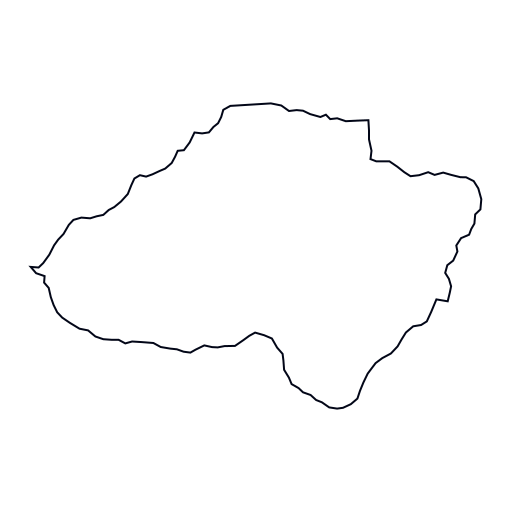 the district of Flora Rica, São Paulo, Brazil
{"feature_id": "56859067B38081573660902", "entity_name": "Flora Rica", "entity_type": "district", "adm_level": 2, "iso_a3": "BRA", "parent_name": "Brazil", "parent_adm1": "São Paulo", "projection": "albers", "projection_center": [-51.376, -21.702], "detail": "fine", "context": "isolated", "style": "outline", "palette": "ink", "viewbox_px": 512, "rotation_deg": 0, "n_neighbors": 0, "source": "geoboundaries", "source_scale": "gbopen_adm2", "svg_char_len": 1915}
<svg xmlns="http://www.w3.org/2000/svg" viewBox="0 0 512 512"><path d="M235.0,345.9L243.4,340.1L249.3,335.8L255.1,332.6L264.1,335.2L271.9,338.5L277.1,347.6L282.6,353.9L283.4,360.4L284.1,369.8L288.9,377.6L291.6,384.1L298.6,388.1L303.0,392.3L310.6,395.0L316.1,400.0L321.9,402.3L329.2,407.4L337.1,408.6L343.0,407.8L350.8,404.2L357.4,398.6L360.0,390.8L363.4,382.5L367.7,373.6L371.6,368.4L375.6,363.1L382.3,358.1L390.9,353.5L397.6,346.4L401.6,339.4L405.9,332.5L413.2,326.3L421.1,325.0L426.8,321.4L431.2,311.9L436.4,299.4L447.7,301.3L449.8,292.6L451.1,286.3L448.9,278.8L445.2,272.9L447.3,265.2L453.2,260.6L457.4,251.5L456.3,245.5L461.1,238.1L469.1,234.7L471.3,228.9L474.4,223.6L475.2,214.4L480.4,209.4L481.3,199.2L478.3,188.4L473.7,181.1L466.1,177.3L460.4,177.2L451.2,174.9L443.2,172.6L434.6,174.9L428.2,172.2L419.1,175.2L410.5,176.2L404.3,172.2L397.3,166.7L389.4,161.3L376.2,161.3L370.5,159.1L371.5,150.8L369.0,139.4L369.0,130.5L368.4,120.2L358.0,120.6L345.8,121.2L337.2,118.3L330.2,119.1L325.9,114.7L320.4,117.0L310.1,114.1L303.0,110.7L296.6,110.1L289.0,111.0L281.3,105.5L270.9,103.4L230.3,105.9L223.3,109.8L221.2,117.0L218.1,123.2L213.5,126.9L208.9,132.4L202.1,133.4L194.5,132.5L189.7,142.4L183.9,150.2L177.7,150.8L175.1,156.7L171.7,163.0L165.2,168.6L159.8,170.9L152.5,174.3L146.1,176.6L139.9,175.2L134.4,178.5L131.4,185.0L127.8,194.0L121.0,201.5L114.2,207.1L108.7,210.0L103.3,214.9L96.6,216.3L90.2,218.3L81.4,217.6L73.4,219.9L68.8,224.9L63.5,234.0L58.2,239.6L54.1,245.3L49.3,254.7L43.2,263.1L38.6,267.5L30.7,266.9L36.1,273.2L44.6,276.1L44.1,282.6L48.7,287.9L50.8,297.1L53.6,305.0L57.2,312.3L62.2,317.6L69.8,322.8L79.5,328.7L88.1,330.4L95.4,336.5L103.3,339.2L111.7,339.8L118.6,339.8L125.3,343.4L132.1,341.5L141.9,342.1L153.4,343.0L160.7,347.0L170.2,348.6L176.9,349.3L183.6,351.7L190.4,352.6L195.5,349.7L204.3,345.4L212.0,347.1L217.7,347.4L224.5,346.1L235.0,345.9Z" fill="none" stroke="#020617" stroke-width="2"/></svg>